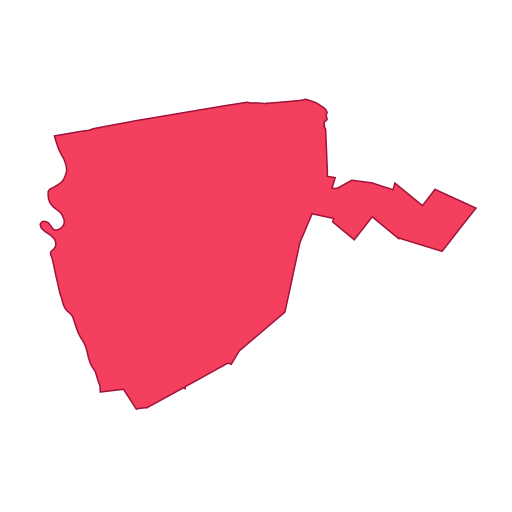 the district of Jirlau, Braila, Romania, rotated 93°
{"feature_id": "2599482B33661790192298", "entity_name": "Jirlau", "entity_type": "district", "adm_level": 2, "iso_a3": "ROU", "parent_name": "Romania", "parent_adm1": "Braila", "projection": "mercator", "projection_center": [27.193, 45.161], "detail": "fine", "context": "isolated", "style": "filled", "palette": "rose", "viewbox_px": 512, "rotation_deg": 93, "n_neighbors": 0, "source": "geoboundaries", "source_scale": "gbopen_adm2", "svg_char_len": 2995}
<svg xmlns="http://www.w3.org/2000/svg" viewBox="0 0 512 512"><g transform="rotate(93 256 256)"><path d="M204.8,466.9L208.8,466.4L213.4,464.8L217.2,461.5L219.8,457.9L221.2,455.6L222.3,454.4L223.3,453.1L226.3,451.1L230.3,449.4L233.3,449.3L235.4,449.9L238.1,451.9L240.1,454.9L240.5,458.1L240.3,459.3L239.2,460.5L236.8,462.4L233.8,464.9L232.8,466.9L232.5,468.5L232.8,471.3L235.5,473.2L238.1,472.5L239.7,471.6L241.6,469.3L243.3,466.9L245.2,463.4L246.9,461.1L249.0,458.8L250.4,457.7L252.8,456.8L256.2,456.5L259.2,457.9L261.9,460.6L262.4,461.0L263.9,461.4L265.6,461.0L269.1,459.4L274.8,457.8L284.4,455.3L287.2,454.5L289.9,453.7L303.5,449.9L305.4,449.1L307.3,448.3L309.8,447.4L312.7,446.6L315.2,445.6L316.0,445.2L318.3,443.9L320.1,442.4L321.8,440.3L323.5,438.2L325.1,436.7L327.3,435.5L329.9,434.4L330.7,434.1L332.9,433.3L337.6,431.5L342.4,429.3L346.8,426.7L350.0,424.4L352.8,422.7L355.5,421.4L358.9,420.1L362.7,419.0L367.1,417.7L371.1,416.2L374.1,414.6L377.4,412.2L380.1,410.3L385.0,408.6L389.8,406.8L393.4,405.2L395.1,404.8L395.8,404.8L400.0,404.4L397.6,390.4L396.1,381.3L415.2,367.5L414.3,365.0L414.4,364.8L413.6,360.6L413.3,358.1L413.4,357.2L391.5,321.7L392.3,319.9L392.1,319.8L391.3,319.8L390.3,320.0L387.4,315.3L364.6,278.8L364.9,276.2L365.5,275.1L352.3,268.1L351.6,267.7L342.9,258.5L341.3,256.8L319.4,233.6L314.2,228.1L311.8,225.5L310.5,224.2L289.9,220.8L280.6,219.3L275.4,218.5L240.1,212.8L210.9,202.2L214.0,183.3L214.1,182.6L214.4,180.4L217.9,181.2L234.7,158.7L210.8,142.0L231.1,114.6L231.3,114.2L230.7,113.9L241.6,70.4L229.3,61.8L218.8,54.5L218.7,54.5L208.8,47.4L208.7,47.4L196.7,38.8L180.3,80.2L180.0,80.7L197.0,92.4L175.9,121.1L182.7,122.6L180.7,129.7L180.7,130.3L178.8,137.1L176.9,143.9L176.0,155.6L175.3,164.3L178.5,169.4L181.1,173.5L183.3,177.0L184.1,178.8L184.5,180.4L184.4,182.1L184.0,183.6L173.6,181.0L172.7,189.0L170.7,189.0L167.8,189.1L162.1,189.7L150.2,190.8L125.8,193.1L124.5,193.9L123.5,194.5L122.8,194.9L122.6,194.4L118.8,195.0L116.9,192.9L116.0,192.2L115.1,192.3L114.0,192.6L111.9,193.4L110.8,193.2L110.1,192.7L109.4,192.5L108.0,192.9L107.6,193.1L107.1,193.3L106.6,193.7L106.0,194.4L105.3,194.7L104.5,196.1L103.9,196.8L103.2,197.9L102.7,199.0L101.1,201.5L99.5,205.0L98.1,209.9L96.8,214.8L97.3,216.1L97.8,217.3L98.0,218.6L98.6,221.7L98.8,223.2L99.2,226.0L100.3,233.3L100.3,233.8L100.9,238.3L101.3,240.6L102.8,252.2L102.8,253.5L103.0,253.5L103.3,254.0L103.1,262.4L103.2,266.4L103.5,267.9L103.2,271.8L102.9,273.0L103.7,276.5L106.5,290.1L106.9,292.0L109.5,303.8L127.2,383.2L131.9,402.6L131.9,402.8L137.5,425.6L138.7,428.1L138.9,428.5L139.7,431.6L139.8,433.1L140.6,436.7L141.3,440.2L144.1,452.5L145.3,457.8L146.1,461.2L146.2,461.6L146.6,463.6L146.9,463.5L148.2,463.1L151.8,461.8L153.9,461.0L158.3,459.2L159.5,458.8L163.4,456.5L164.2,456.1L165.2,455.5L169.7,452.7L175.4,450.4L178.9,449.7L181.1,449.6L184.6,450.3L188.9,451.8L191.2,453.1L193.3,455.0L196.5,459.4L198.3,462.2L200.1,465.4L202.3,466.9L203.0,466.9L204.8,466.9Z" fill="#f43f5e" stroke="#9f1239" stroke-width="1.5"/></g></svg>